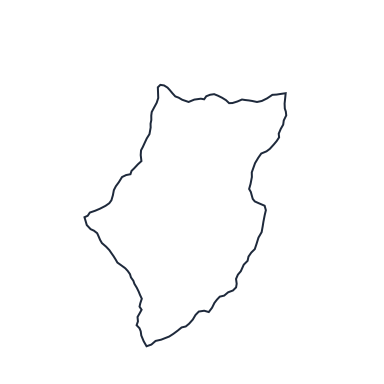 outline of Regente Feijó, São Paulo, Brazil, rotated 49°
{"feature_id": "56859067B58506078513279", "entity_name": "Regente Feijó", "entity_type": "district", "adm_level": 2, "iso_a3": "BRA", "parent_name": "Brazil", "parent_adm1": "São Paulo", "projection": "robinson", "projection_center": [-51.297, -22.243], "detail": "fine", "context": "isolated", "style": "outline", "palette": "slate", "viewbox_px": 384, "rotation_deg": 49, "n_neighbors": 0, "source": "geoboundaries", "source_scale": "gbopen_adm2", "svg_char_len": 2211}
<svg xmlns="http://www.w3.org/2000/svg" viewBox="0 0 384 384"><g transform="rotate(49 192 192)"><path d="M140.5,289.7L143.8,291.2L147.9,293.1L153.5,292.9L156.8,291.4L160.9,290.6L164.5,291.7L167.9,292.8L171.4,293.5L177.0,292.7L181.6,292.5L185.0,292.9L188.9,293.3L192.7,293.9L196.3,294.6L200.5,293.6L205.8,292.4L209.4,292.3L213.3,292.7L216.4,294.1L220.5,294.5L223.5,295.7L228.1,296.5L232.2,297.6L235.4,298.7L239.6,299.9L242.1,304.1L244.1,306.8L247.8,307.3L249.1,310.8L250.6,315.1L254.2,317.7L256.2,321.2L260.3,321.0L263.5,322.1L267.0,324.4L273.0,326.4L278.6,327.5L280.5,322.7L280.5,317.2L283.2,312.2L284.8,307.7L286.1,304.1L286.8,299.3L287.2,294.4L287.4,288.7L289.4,284.9L289.5,280.6L288.8,275.1L287.1,270.0L286.7,265.3L289.6,260.7L293.6,258.1L292.5,252.8L290.4,247.8L289.6,243.8L289.2,239.7L291.3,235.7L291.4,230.5L293.2,225.7L292.9,221.3L290.6,218.5L286.5,215.8L284.5,211.6L283.8,207.1L280.8,200.6L280.4,195.2L277.8,191.7L276.6,187.0L276.3,182.1L273.6,177.5L270.0,171.7L268.0,165.8L264.4,161.3L261.3,157.6L259.1,154.8L257.0,152.1L254.2,148.2L250.0,146.2L247.1,147.6L244.0,149.1L240.3,150.8L237.1,150.7L234.1,149.3L230.6,147.6L227.2,146.9L224.3,142.5L220.0,137.0L216.4,134.0L211.6,125.5L209.6,119.4L208.4,114.5L210.2,109.1L210.5,105.0L209.8,99.1L209.1,94.7L207.9,90.4L204.9,88.3L202.6,83.6L201.0,79.0L198.2,75.8L196.0,70.6L192.8,68.4L189.9,67.2L186.0,64.1L183.5,61.4L178.9,56.5L176.2,60.7L174.0,64.2L171.4,67.6L170.6,73.9L169.1,79.6L166.7,83.9L162.6,87.0L160.1,89.1L157.5,91.5L155.0,93.6L153.5,98.3L151.4,103.1L149.3,105.7L145.0,106.1L140.5,107.5L136.2,109.3L132.7,111.1L130.5,114.5L129.1,118.4L130.0,122.0L127.4,124.1L123.8,129.6L121.8,135.5L115.9,138.9L112.0,140.2L108.9,141.9L104.4,142.0L100.2,141.9L97.1,142.0L93.2,143.2L90.4,145.6L90.6,149.1L94.8,152.5L98.9,155.8L101.5,160.1L103.4,165.2L105.2,169.9L107.6,172.6L111.0,175.5L113.3,178.5L116.2,180.9L120.4,186.1L121.9,191.0L123.9,195.5L125.8,199.7L127.1,203.1L130.5,206.5L135.5,209.9L135.6,214.7L136.2,220.2L136.4,223.8L138.2,226.8L136.0,230.6L134.8,235.0L136.6,240.8L137.7,245.7L139.3,249.7L142.6,253.9L145.4,258.3L146.2,261.8L145.7,266.4L144.2,272.5L142.6,277.4L140.5,282.6L141.5,286.3L140.5,289.7Z" fill="none" stroke="#1e293b" stroke-width="2"/></g></svg>